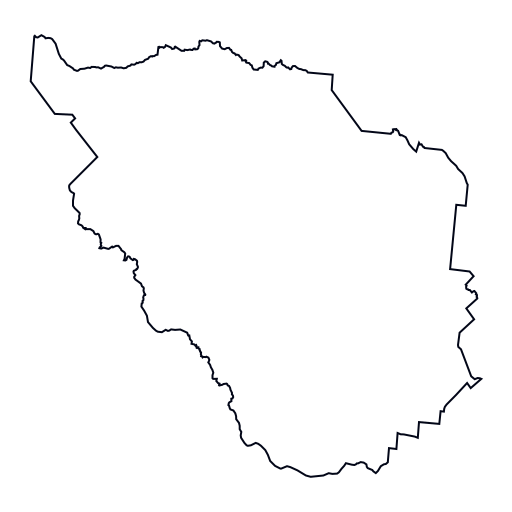 Etheridge, Queensland, Australia
{"feature_id": "25037944B75577230273205", "entity_name": "Etheridge", "entity_type": "district", "adm_level": 2, "iso_a3": "AUS", "parent_name": "Australia", "parent_adm1": "Queensland", "projection": "natural_earth1", "projection_center": [143.382, -18.563], "detail": "fine", "context": "isolated", "style": "outline", "palette": "ink", "viewbox_px": 512, "rotation_deg": 0, "n_neighbors": 0, "source": "geoboundaries", "source_scale": "gbopen_adm2", "svg_char_len": 5883}
<svg xmlns="http://www.w3.org/2000/svg" viewBox="0 0 512 512"><path d="M34.3,36.3L30.7,81.3L54.8,113.9L72.3,114.7L75.1,118.4L70.8,122.6L76.1,129.9L97.3,157.0L70.6,183.7L69.4,185.1L69.1,186.0L69.2,187.8L69.9,190.4L71.4,192.0L73.7,193.2L74.1,193.7L73.0,200.6L73.0,205.8L74.7,208.2L79.6,213.0L79.7,214.2L79.1,215.9L79.3,218.5L78.8,220.2L78.2,221.3L78.0,223.4L78.9,224.3L81.5,225.3L82.7,226.5L83.1,227.7L84.8,228.9L84.9,228.0L85.7,228.0L85.8,229.1L90.3,229.1L93.4,231.1L94.5,233.4L95.4,234.1L96.2,234.3L97.8,233.8L98.9,234.5L100.6,239.4L100.5,242.2L101.3,242.9L100.8,243.8L100.8,244.7L101.4,245.9L99.7,247.4L99.4,248.2L101.2,248.6L103.6,247.6L108.2,248.9L108.9,248.8L112.1,246.6L112.9,247.4L116.0,245.9L118.5,245.9L121.1,249.2L121.4,250.2L124.3,252.2L125.2,253.5L124.6,258.7L123.9,260.3L125.3,260.5L126.4,259.9L127.1,257.5L128.0,256.4L128.8,256.4L129.7,256.9L130.4,258.3L132.8,260.1L133.6,259.8L133.9,258.9L135.0,259.2L136.9,260.7L137.2,261.9L136.8,264.2L137.9,266.7L137.9,267.4L137.2,268.9L136.5,269.0L136.2,269.8L133.8,270.8L133.5,271.6L133.8,273.2L135.4,275.1L134.2,276.8L134.2,277.8L135.5,279.6L141.0,283.6L142.0,286.3L143.5,287.4L143.8,288.3L143.5,290.6L144.1,292.8L145.3,294.5L145.2,295.0L144.1,295.1L143.6,296.1L143.2,297.4L143.5,298.9L143.3,300.3L142.5,301.0L142.7,302.6L142.3,303.3L141.7,303.5L141.4,306.6L144.1,310.6L146.9,315.7L148.0,322.1L152.9,327.9L156.0,330.7L157.8,331.7L161.9,332.2L165.7,329.8L167.9,330.9L169.3,330.6L171.1,329.4L175.1,329.9L180.3,329.5L187.2,332.7L188.2,335.5L188.5,335.7L189.3,335.5L190.0,339.3L191.9,341.4L191.5,343.8L194.5,344.5L195.4,345.7L196.2,345.1L196.7,346.4L196.5,347.7L196.9,348.0L198.4,347.4L198.6,348.5L199.7,349.2L199.5,349.9L200.1,350.8L200.1,351.6L201.0,352.3L201.1,352.9L200.8,354.1L201.3,355.3L201.1,356.2L202.2,356.5L202.6,357.4L203.3,356.9L205.8,357.1L206.4,356.7L208.4,357.6L209.3,359.7L209.2,360.5L208.3,362.4L210.1,364.9L210.9,367.3L212.4,369.9L213.3,372.7L212.5,375.2L212.5,378.2L213.2,378.9L216.8,378.8L216.3,381.0L218.1,383.1L219.5,383.6L219.0,385.2L219.3,385.5L222.2,384.8L223.6,384.0L226.6,383.6L227.2,384.1L227.7,385.4L229.1,386.0L230.1,387.9L230.5,389.8L232.0,392.9L231.9,394.4L232.9,395.5L233.2,397.1L232.5,398.4L231.3,398.7L231.4,401.2L229.4,402.3L228.8,403.1L228.4,405.1L229.0,405.5L229.8,408.3L230.4,409.4L233.4,410.5L235.3,413.3L236.1,416.2L236.2,419.2L239.0,422.9L239.7,425.8L239.7,429.2L241.3,431.9L240.7,435.4L241.1,437.8L244.4,442.9L246.6,445.3L247.8,445.8L250.9,445.3L255.7,442.9L258.2,443.8L260.9,445.7L265.3,450.1L267.9,454.9L270.2,461.0L275.1,465.9L280.4,468.6L281.2,468.6L287.0,466.2L290.3,467.1L297.5,470.4L305.9,475.5L310.7,476.8L323.4,475.5L328.7,473.2L332.4,473.9L337.1,473.6L338.9,472.3L341.5,468.8L344.2,465.8L345.9,463.2L351.9,464.7L354.4,465.0L356.0,464.3L356.8,463.4L358.0,463.4L360.7,462.1L363.7,462.6L366.4,464.4L366.8,466.8L367.7,468.1L372.3,470.0L373.3,471.3L375.8,473.1L377.9,471.0L380.8,466.2L383.9,464.3L385.8,464.0L387.8,462.3L389.0,448.1L396.4,449.0L397.6,433.0L400.7,434.3L403.8,434.4L414.8,436.6L417.8,437.8L419.0,422.1L439.3,423.9L440.6,411.2L443.9,411.6L444.2,408.8L444.9,406.8L446.6,404.5L456.0,395.0L467.1,383.0L470.7,388.1L481.3,378.9L480.0,378.3L477.7,378.0L474.7,379.2L471.2,376.3L461.0,349.3L458.3,346.9L458.0,345.0L459.6,332.7L474.1,319.3L466.3,308.4L477.3,298.5L477.1,297.4L476.6,296.9L477.0,295.9L476.9,294.9L475.9,294.4L476.3,293.3L474.4,291.0L473.5,291.2L471.9,292.5L469.8,290.0L468.5,290.0L468.1,289.4L467.3,289.3L466.3,288.7L466.1,286.7L466.6,285.7L465.7,284.7L473.6,276.2L469.6,271.5L450.1,269.1L456.3,204.8L465.7,205.8L467.7,184.7L466.8,183.1L464.6,176.4L462.5,173.1L458.1,169.0L456.2,165.8L451.1,161.2L448.2,157.7L445.7,153.1L443.2,150.8L441.9,149.9L424.5,148.0L423.9,147.0L423.2,146.9L422.6,146.1L421.5,144.3L420.0,144.6L419.0,142.8L416.2,151.6L413.3,149.1L409.2,144.3L407.5,140.5L405.7,137.2L401.7,135.1L400.9,135.4L400.2,134.7L399.7,134.9L398.1,130.8L397.3,130.4L396.3,129.0L395.6,129.1L395.6,129.8L394.2,129.1L392.9,129.4L393.2,131.6L392.7,132.3L391.4,132.7L390.8,133.8L361.6,130.9L331.7,90.1L332.7,74.7L307.8,72.5L306.7,70.9L305.4,70.2L303.3,70.1L300.8,69.1L299.4,69.0L297.4,68.0L295.0,66.0L292.9,66.1L291.6,67.7L291.3,69.0L290.0,69.3L288.1,67.4L287.2,67.7L286.3,67.3L284.8,65.8L282.7,64.8L281.8,63.9L281.5,60.8L280.8,60.2L279.4,62.3L276.4,63.2L275.9,64.9L274.4,66.2L274.4,66.7L272.0,66.3L271.2,65.5L270.1,65.1L268.5,63.5L268.0,63.6L267.7,62.3L267.1,61.8L265.2,61.3L263.8,62.6L263.6,66.2L262.4,67.7L260.7,67.6L258.5,68.6L257.8,69.9L253.7,69.5L252.4,67.7L251.8,65.4L250.6,64.9L249.2,63.1L246.3,62.6L245.7,61.5L246.2,60.8L245.6,60.1L242.2,60.5L241.6,58.3L239.3,56.2L239.1,55.5L238.1,54.9L236.4,54.6L235.9,55.0L234.5,53.3L233.4,53.1L232.0,51.9L231.2,49.9L230.4,49.8L229.0,47.9L226.9,48.0L224.7,49.2L222.1,48.6L220.0,46.1L219.8,42.4L218.7,41.9L216.7,41.8L215.9,42.8L215.2,43.0L214.5,43.6L213.0,43.3L211.0,41.4L206.9,40.2L205.6,40.7L202.3,40.3L201.2,41.3L199.7,40.9L199.3,41.9L199.5,45.1L198.5,46.5L198.2,48.4L197.2,49.2L195.2,49.4L194.8,48.5L193.6,48.7L192.5,50.0L190.9,49.9L190.1,49.5L187.5,50.1L184.6,49.7L184.2,50.8L181.5,50.8L175.2,46.6L174.8,46.8L174.6,48.1L174.0,48.6L172.1,49.0L170.9,47.5L165.8,45.2L165.1,46.8L163.7,47.8L163.0,47.2L160.0,47.1L159.6,47.5L159.1,46.8L158.4,47.0L157.5,54.7L156.1,54.9L154.2,56.1L152.3,56.1L152.1,56.5L150.9,56.2L149.1,57.2L148.2,58.7L145.0,59.9L143.5,61.6L141.5,62.3L139.6,62.2L137.8,63.2L136.7,62.8L135.4,64.1L134.1,64.7L131.4,64.4L130.4,65.6L127.7,66.4L126.3,67.8L123.7,68.3L121.1,67.5L117.8,67.7L115.9,67.3L114.3,68.0L111.4,66.5L106.1,65.5L104.8,65.8L104.1,66.8L101.0,68.6L98.2,67.3L96.2,67.4L95.3,67.0L91.6,66.9L90.2,68.0L88.0,67.6L84.5,68.7L80.3,69.0L78.0,70.7L77.0,70.9L73.9,69.7L73.0,68.4L69.4,66.0L67.2,65.1L64.0,60.5L62.8,59.4L61.3,58.6L58.8,53.8L55.6,43.7L52.2,39.1L50.6,38.2L48.3,37.9L45.5,38.3L45.1,37.5L44.1,36.7L41.4,35.2L37.7,37.5L36.1,37.2L34.8,35.8L34.3,36.3Z" fill="none" stroke="#020617" stroke-width="2"/></svg>